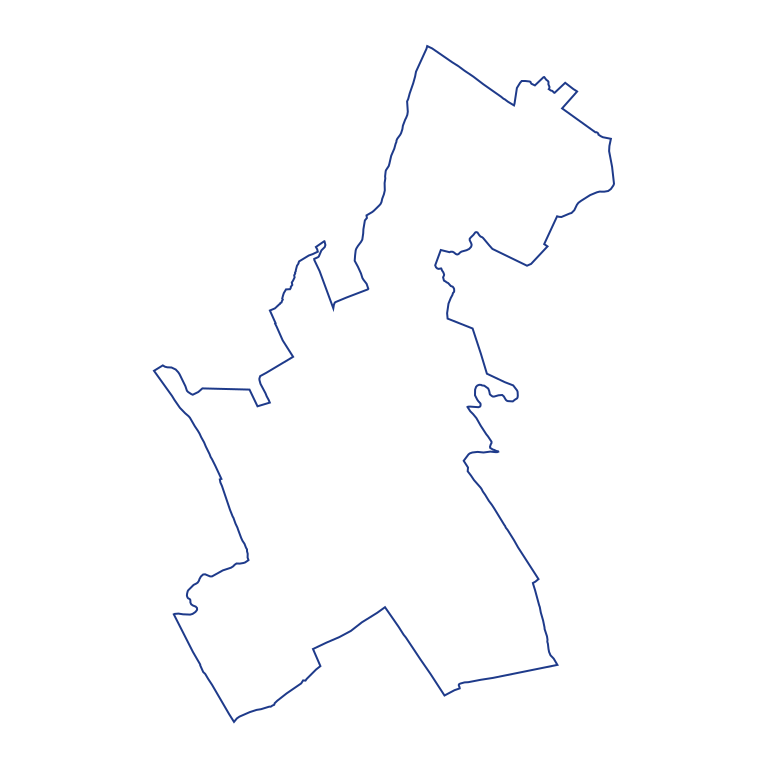 Tutova, Vaslui, Romania
{"feature_id": "2599482B39338540323692", "entity_name": "Tutova", "entity_type": "district", "adm_level": 2, "iso_a3": "ROU", "parent_name": "Romania", "parent_adm1": "Vaslui", "projection": "albers", "projection_center": [27.57, 46.124], "detail": "fine", "context": "isolated", "style": "outline", "palette": "blue", "viewbox_px": 768, "rotation_deg": 0, "n_neighbors": 0, "source": "geoboundaries", "source_scale": "gbopen_adm2", "svg_char_len": 6085}
<svg xmlns="http://www.w3.org/2000/svg" viewBox="0 0 768 768"><path d="M459.7,688.4L459.5,687.1L458.8,685.4L458.8,684.8L459.1,684.2L460.2,683.6L464.5,682.4L468.2,682.2L480.7,679.8L493.0,677.9L557.4,664.9L553.7,658.6L550.5,655.3L549.1,652.0L548.5,649.0L547.9,643.8L547.3,641.7L547.5,639.8L547.0,636.4L544.6,629.0L544.5,627.4L543.1,620.5L540.8,612.5L539.8,607.1L539.1,605.1L535.1,590.3L533.1,583.9L532.9,583.0L535.3,581.7L538.5,579.1L518.0,547.3L514.0,540.2L507.5,529.8L505.8,527.7L505.0,525.8L504.4,525.1L494.3,508.6L491.9,504.9L488.8,500.8L485.1,494.7L482.9,491.6L481.5,488.9L480.5,487.5L474.0,480.1L471.0,475.6L467.7,471.3L468.0,467.5L463.7,460.8L468.5,454.4L469.8,453.4L472.3,452.5L477.6,451.9L483.5,452.5L490.3,451.6L495.2,452.1L497.3,452.1L498.3,451.7L498.2,451.4L496.1,450.9L494.4,450.0L492.8,449.5L490.2,447.9L490.0,446.8L490.7,444.5L491.5,443.0L491.5,441.7L488.0,436.4L486.3,434.3L480.7,425.7L476.4,418.1L473.1,414.1L470.3,411.3L467.5,407.0L468.0,406.7L470.2,406.6L478.5,407.2L480.0,406.6L480.5,405.8L480.6,404.1L480.3,403.3L478.4,401.3L477.2,399.6L475.0,395.3L475.1,389.6L476.1,386.8L477.4,385.5L479.2,384.8L481.1,384.9L482.0,385.4L484.3,385.7L488.2,388.5L489.2,391.0L489.9,394.4L491.8,396.0L493.0,396.6L494.4,396.5L498.5,395.3L502.2,395.0L503.8,396.4L505.8,399.8L506.8,400.7L507.9,401.1L512.8,401.4L514.9,399.7L517.0,398.4L517.5,397.6L517.8,395.8L517.6,391.9L517.1,390.5L513.2,385.4L504.9,382.2L486.9,373.7L480.9,353.8L472.6,328.5L447.6,318.6L447.1,313.2L448.5,303.6L450.8,297.9L452.4,295.0L453.0,293.0L454.0,291.9L454.2,291.0L454.1,288.9L453.5,287.7L452.7,286.7L450.8,286.0L448.2,283.1L446.4,282.2L445.4,281.3L444.4,281.0L443.9,280.4L443.1,277.3L444.0,275.4L444.1,274.5L443.3,272.3L442.0,270.4L441.3,268.6L441.1,268.4L438.7,268.9L437.3,268.5L436.0,267.3L435.2,265.3L440.8,250.0L449.5,252.2L450.9,251.7L452.7,251.8L454.0,252.5L455.8,254.0L457.1,254.5L458.5,254.1L460.1,252.5L461.5,251.6L466.6,250.2L469.2,248.9L471.1,246.8L471.5,245.5L471.6,244.7L471.2,243.3L469.7,240.2L469.7,238.8L470.6,237.6L473.4,234.9L475.2,232.5L476.1,232.1L477.5,232.5L479.2,235.1L480.5,236.5L482.3,237.3L483.2,238.1L489.2,245.3L492.4,248.9L527.0,265.7L531.1,263.9L547.5,246.4L544.2,244.1L557.1,216.3L558.9,216.8L561.4,217.0L569.7,213.5L571.5,213.0L574.3,210.2L576.9,204.8L578.4,202.8L581.1,200.8L590.1,195.1L596.9,192.3L599.6,191.6L604.1,191.7L608.2,191.0L610.9,189.0L613.4,185.4L614.0,183.8L612.1,166.9L609.1,151.1L609.4,146.0L610.9,138.8L602.8,137.2L600.8,136.2L598.4,134.6L598.3,133.6L597.6,132.8L596.4,132.2L595.4,132.3L562.1,108.4L577.1,91.5L576.6,91.1L573.4,89.1L565.2,82.8L554.6,92.8L554.1,92.7L552.3,90.9L550.8,90.5L548.8,89.1L549.2,88.6L549.5,87.0L548.4,84.3L548.5,82.0L547.9,81.0L546.2,79.7L544.3,77.1L543.5,77.2L534.9,85.4L531.5,83.8L530.6,82.5L530.4,81.8L529.6,81.5L525.3,81.0L521.7,81.0L520.1,82.8L516.9,88.0L514.5,103.7L514.0,105.4L507.9,101.7L504.6,99.2L503.6,98.8L501.2,96.8L483.4,84.3L473.3,76.6L464.5,70.7L458.3,66.1L452.1,62.2L432.1,48.4L427.2,46.1L426.5,48.7L416.0,71.7L415.1,76.5L413.2,83.3L409.7,93.4L408.2,99.0L407.1,101.4L407.8,111.7L407.3,114.9L406.1,117.9L405.2,119.6L402.9,125.7L402.4,129.1L401.1,133.1L400.2,134.8L397.3,138.7L396.5,140.5L396.4,141.9L395.6,143.8L394.3,148.6L391.2,155.8L389.4,163.7L388.7,166.1L386.1,170.0L385.7,171.0L385.1,176.4L385.3,178.4L384.6,183.1L384.8,190.4L383.9,194.3L382.2,198.8L381.5,202.0L380.6,203.9L379.4,205.3L373.9,210.7L372.3,212.0L366.5,215.4L366.9,218.0L364.9,220.4L364.7,221.5L363.4,229.3L363.2,233.4L362.3,239.6L361.0,241.9L357.9,246.0L356.3,248.6L355.7,250.3L355.1,255.3L354.7,260.8L357.9,266.7L361.0,273.5L362.4,278.0L363.5,279.8L366.6,283.8L368.3,288.8L367.8,289.4L346.3,297.6L335.5,302.1L334.8,302.6L333.9,304.7L333.3,308.3L319.6,271.1L314.3,260.0L314.2,258.9L318.0,257.2L318.8,256.5L321.4,250.4L324.7,247.1L325.4,245.0L324.5,241.3L324.3,241.2L323.1,242.0L315.9,247.0L317.2,249.3L317.8,251.7L312.7,254.1L308.8,255.5L299.1,261.4L298.5,262.9L298.5,263.5L297.0,265.7L295.8,270.2L295.8,271.1L295.0,272.7L295.2,273.5L294.2,275.3L294.6,277.4L293.0,280.7L291.8,282.5L292.3,284.9L290.8,286.8L290.8,287.8L290.0,289.2L286.0,289.4L283.8,293.1L283.0,295.6L282.2,298.6L282.8,299.6L281.9,301.1L281.5,302.5L280.2,303.2L279.9,304.0L279.3,304.3L274.9,308.4L269.9,310.5L275.4,322.8L275.6,323.2L275.1,323.6L276.7,326.8L282.7,340.4L293.1,356.8L266.3,372.8L260.2,376.1L259.4,378.5L259.4,379.8L260.5,383.9L265.5,393.3L266.7,396.3L268.6,399.8L269.8,402.6L257.5,406.3L249.5,389.6L202.4,388.4L198.3,392.0L192.8,394.7L191.3,394.1L188.1,392.0L186.9,390.7L185.4,386.2L179.6,374.3L178.3,372.3L175.7,369.5L171.5,367.5L167.3,367.3L164.9,366.7L162.8,365.4L154.0,370.8L172.0,395.9L174.5,400.0L179.9,407.8L185.1,413.2L188.6,416.2L189.9,417.7L194.8,426.2L197.9,430.8L199.6,433.7L201.2,437.2L204.1,442.4L205.8,446.5L209.6,454.2L210.6,456.9L212.0,459.2L215.3,465.8L221.4,478.9L219.8,479.4L220.4,482.5L222.0,486.1L230.0,509.8L232.7,516.6L233.4,517.7L235.5,523.6L237.4,527.6L238.1,529.7L241.2,538.0L242.5,540.8L244.5,543.8L246.0,547.7L247.0,549.4L247.0,551.2L247.7,553.8L247.6,557.6L248.5,560.1L248.0,560.5L245.0,562.5L243.4,563.0L239.8,563.6L236.5,563.5L234.6,564.8L233.2,566.3L231.0,567.7L222.8,570.4L212.0,576.4L210.1,576.4L205.1,574.3L203.1,574.5L200.9,576.5L199.4,579.2L199.0,580.6L197.7,582.6L196.4,583.5L193.6,584.9L188.4,590.1L187.7,591.2L187.1,593.6L186.9,595.4L187.1,596.4L187.7,597.8L188.3,598.4L189.5,598.9L190.2,599.7L190.4,600.9L190.4,602.5L191.2,604.3L192.9,605.5L195.7,606.6L197.0,608.0L197.1,609.6L196.7,610.4L195.4,612.0L192.6,613.9L190.2,614.6L183.0,614.3L178.4,613.6L174.7,613.9L173.8,614.3L192.9,651.9L200.2,664.5L200.2,665.3L203.2,672.0L205.2,673.9L208.1,678.8L212.1,684.9L229.1,714.1L234.0,721.9L236.9,718.4L239.5,716.6L249.8,712.1L256.6,709.9L261.0,709.2L269.1,706.7L270.7,706.7L272.5,705.5L274.2,704.8L274.7,703.2L277.3,700.7L286.5,693.5L301.2,683.4L303.1,680.4L305.5,680.6L306.6,679.0L316.1,669.5L320.4,666.1L313.0,649.0L326.5,642.6L339.3,637.1L350.9,630.9L361.9,622.3L377.2,612.8L385.0,607.2L398.8,627.1L403.6,634.7L405.8,637.4L420.5,659.5L430.4,673.8L444.5,695.5L454.5,690.2L459.7,688.4Z" fill="none" stroke="#1e3a8a" stroke-width="2"/></svg>